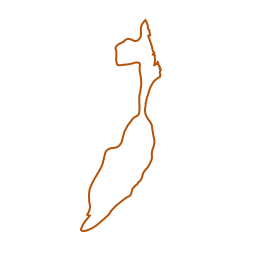 outline of Nghia Hung, Nam Định, Vietnam, rotated 10°
{"feature_id": "81297802B4294080644708", "entity_name": "Nghia Hung", "entity_type": "district", "adm_level": 2, "iso_a3": "VNM", "parent_name": "Vietnam", "parent_adm1": "Nam Định", "projection": "orthographic", "projection_center": [106.157, 20.1], "detail": "fine", "context": "isolated", "style": "outline", "palette": "amber", "viewbox_px": 256, "rotation_deg": 10, "n_neighbors": 0, "source": "geoboundaries", "source_scale": "gbopen_adm2", "svg_char_len": 5587}
<svg xmlns="http://www.w3.org/2000/svg" viewBox="0 0 256 256"><g transform="rotate(10 128 128)"><path d="M141.4,106.6L141.4,105.8L141.5,103.7L141.5,102.8L141.3,101.8L141.1,101.2L141.1,100.7L141.2,98.1L141.3,96.9L141.3,95.5L141.6,93.6L142.0,91.0L142.3,88.3L142.7,85.6L143.0,84.2L143.2,83.3L143.9,81.2L144.6,79.3L145.0,78.3L145.4,77.4L147.0,75.5L148.1,74.2L149.3,73.1L150.0,72.6L150.6,72.1L150.6,71.8L150.4,71.5L150.4,71.4L150.5,71.2L150.6,70.8L150.7,70.6L150.6,70.1L150.5,69.8L150.4,69.5L150.4,69.2L150.2,68.9L149.9,68.5L149.8,68.3L149.7,68.1L149.6,67.5L149.7,66.8L149.7,66.4L149.9,66.0L150.2,65.4L150.2,65.1L150.2,64.8L150.1,64.7L149.9,64.5L149.7,64.5L149.5,64.4L149.2,64.4L149.0,64.2L148.9,64.1L148.9,63.5L148.9,63.0L148.9,62.8L148.9,62.6L148.7,62.4L148.3,62.2L148.1,62.1L147.9,61.9L147.9,61.3L147.8,61.1L147.7,60.9L147.0,60.6L146.9,60.4L146.7,59.9L146.7,59.5L146.5,59.2L146.4,58.9L146.0,58.2L145.8,57.9L145.7,57.8L145.5,58.0L145.6,59.2L145.7,59.4L145.6,59.5L145.0,59.7L144.9,59.8L144.8,60.2L144.6,60.3L143.8,60.5L143.3,60.7L143.2,60.7L143.2,61.0L143.2,61.5L142.9,61.5L142.9,57.5L142.9,56.5L142.9,56.2L142.7,55.7L142.0,53.8L141.9,53.4L141.9,53.2L141.7,51.6L140.2,51.5L139.9,51.4L139.6,51.3L139.6,51.2L140.2,50.4L140.5,50.1L140.6,49.9L140.8,49.6L140.9,49.3L140.9,49.2L140.7,49.1L140.2,49.0L139.7,48.5L139.1,47.7L138.7,46.9L138.6,46.6L137.7,44.4L137.3,43.5L136.9,42.8L136.3,41.5L134.1,37.7L133.3,36.2L131.9,33.7L133.1,33.2L133.5,33.1L133.7,32.9L133.8,32.8L133.7,32.6L133.4,31.9L133.3,31.7L132.8,30.8L132.7,30.6L132.7,30.1L132.1,28.7L132.0,28.2L131.9,27.8L131.8,27.7L131.7,27.6L131.3,27.5L131.1,27.4L130.7,26.9L130.0,25.3L129.9,24.9L129.6,23.7L129.2,22.8L128.6,21.7L128.3,21.3L127.8,20.4L127.4,19.8L127.1,19.4L126.4,18.7L125.8,19.5L125.4,20.2L125.2,20.6L124.8,21.4L124.6,21.8L124.3,22.3L123.8,23.6L123.6,24.3L123.4,25.0L123.3,26.0L123.3,26.4L123.4,27.6L123.5,28.6L123.5,28.9L123.9,30.4L124.1,31.3L124.4,32.6L124.5,33.1L124.6,33.9L124.6,34.9L124.6,35.3L124.6,35.7L124.5,35.9L124.3,36.7L124.0,37.4L123.4,38.7L123.1,39.2L122.8,39.6L122.4,40.0L121.6,40.5L121.0,40.8L120.4,41.0L119.9,41.1L119.3,41.1L119.0,41.1L118.5,41.0L117.5,40.8L115.9,40.3L115.5,40.2L114.2,40.1L113.0,40.2L112.6,40.3L112.2,40.4L111.9,40.5L111.6,40.7L111.3,40.8L110.4,41.5L110.0,41.9L109.8,42.1L109.2,43.2L108.9,43.6L108.6,43.8L108.1,44.2L107.0,45.1L106.2,45.7L105.6,46.0L105.1,46.4L104.4,47.0L103.9,47.4L103.6,47.8L102.6,49.1L102.3,49.4L102.1,49.7L102.1,50.2L101.9,50.7L101.9,51.3L101.9,51.6L101.9,52.0L102.4,53.1L102.9,54.0L103.2,54.7L103.3,55.0L103.5,56.1L103.7,57.3L103.9,58.0L104.0,58.8L104.3,61.3L104.4,62.3L104.4,62.6L104.7,63.5L105.6,66.2L105.8,66.6L106.1,67.1L106.3,67.4L106.5,67.5L106.9,67.6L107.1,67.7L107.7,67.8L108.5,67.7L108.9,67.7L109.4,67.5L110.0,67.4L111.3,66.9L114.3,66.1L115.3,65.8L117.9,65.0L119.4,64.4L120.0,64.2L121.6,63.4L123.9,62.3L124.7,62.1L125.1,62.0L125.6,61.9L126.2,61.9L127.1,61.9L127.3,61.9L127.5,62.0L127.9,62.1L128.1,62.3L128.3,62.5L128.6,63.2L128.8,63.9L128.8,64.1L129.0,66.8L129.1,67.6L129.5,69.3L129.9,70.5L131.1,74.0L131.5,74.9L131.8,75.8L132.1,76.9L132.8,79.5L132.9,80.1L133.2,81.0L133.3,81.6L133.4,82.3L133.5,83.5L133.6,85.7L133.6,86.7L133.7,87.9L133.7,89.0L133.8,90.2L133.6,93.1L133.6,94.0L133.7,95.2L133.9,96.4L134.1,97.6L134.8,101.4L135.3,103.6L135.6,104.5L135.7,105.2L136.0,107.3L136.3,110.0L136.3,111.0L136.3,111.6L136.2,112.2L136.0,112.9L135.7,113.4L135.6,113.7L135.0,114.3L133.3,115.8L132.6,116.2L131.9,117.0L131.6,117.4L131.0,118.2L130.9,118.4L129.6,121.2L128.9,122.4L128.3,123.5L127.8,124.6L127.2,125.8L126.8,127.0L125.5,130.9L125.2,131.7L125.1,132.1L125.0,133.4L125.0,134.5L124.9,134.9L124.7,136.3L124.6,137.4L124.5,138.5L124.4,140.8L124.3,142.1L124.2,142.8L124.0,143.6L123.8,144.0L123.4,145.0L122.9,146.2L122.4,146.9L121.8,147.5L121.3,148.1L120.9,148.4L120.5,148.7L119.8,149.1L119.3,149.4L118.7,149.6L116.7,150.3L115.6,150.6L114.6,150.9L114.1,151.1L113.6,151.5L112.7,152.2L112.1,152.6L111.5,153.2L111.1,153.7L110.8,154.0L110.6,154.3L110.4,154.8L110.2,155.5L110.1,156.0L109.9,156.7L109.8,158.0L109.7,159.3L109.6,160.8L109.5,162.9L109.4,164.2L109.3,165.0L109.3,166.7L109.2,167.6L108.9,169.4L108.7,170.3L108.1,172.3L107.7,173.4L107.2,175.0L105.4,179.6L105.3,180.1L103.9,183.5L103.3,185.3L102.3,188.7L102.0,189.8L101.6,191.2L101.5,191.9L101.0,194.7L100.9,195.0L100.9,196.3L101.0,197.6L101.2,200.6L101.4,202.0L101.7,203.2L102.1,204.6L102.2,205.8L102.5,206.7L102.6,207.3L103.0,208.3L103.7,210.2L104.0,210.8L104.3,211.8L104.4,213.9L104.3,214.7L104.3,215.9L104.1,216.5L104.0,217.2L102.9,220.5L105.6,221.0L101.9,227.4L100.3,231.3L99.2,236.0L99.5,236.6L100.4,237.2L102.2,237.3L103.7,236.8L107.1,234.9L109.9,233.1L113.7,229.5L117.1,225.5L123.1,217.9L124.3,216.2L125.9,212.3L129.7,206.6L134.4,201.2L138.6,196.7L140.5,195.4L141.7,194.2L142.2,193.3L142.4,192.3L142.6,190.9L142.8,188.7L143.0,187.3L143.4,186.2L146.2,182.2L147.0,181.8L147.2,181.1L147.4,180.2L147.7,179.4L147.9,179.2L148.4,178.8L149.1,178.0L149.4,177.5L149.7,176.7L150.0,175.6L150.3,174.3L150.4,173.4L150.6,171.4L150.8,170.1L151.0,169.2L151.3,168.4L151.9,167.3L152.2,166.6L153.2,165.0L153.8,164.1L154.3,163.1L154.9,161.6L155.5,159.9L156.4,156.8L156.6,155.7L156.8,154.1L156.7,153.5L156.5,151.9L155.9,149.2L155.8,148.1L155.8,146.4L155.8,145.5L155.9,144.6L156.1,143.4L156.4,142.3L156.5,141.4L156.5,138.7L156.4,137.3L156.4,136.7L155.9,135.0L155.4,133.5L154.8,132.2L153.8,129.5L152.0,124.5L151.3,122.1L151.0,121.3L150.4,120.3L149.8,119.4L149.0,118.4L148.2,117.6L147.1,116.7L145.8,115.4L144.8,114.1L143.5,112.3L142.8,111.3L142.2,109.6L141.8,108.6L141.5,107.5L141.4,106.6Z" fill="none" stroke="#b45309" stroke-width="2"/></g></svg>